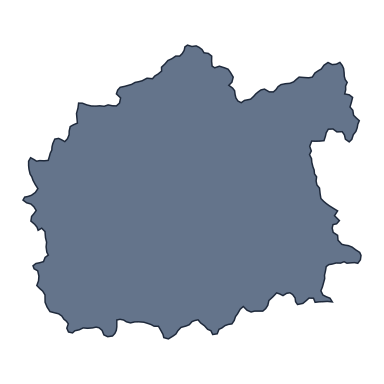 Piranga, Minas Gerais, Brazil (Mercator projection)
{"feature_id": "56859067B92965867058108", "entity_name": "Piranga", "entity_type": "district", "adm_level": 2, "iso_a3": "BRA", "parent_name": "Brazil", "parent_adm1": "Minas Gerais", "projection": "mercator", "projection_center": [-43.286, -20.626], "detail": "fine", "context": "isolated", "style": "filled", "palette": "slate", "viewbox_px": 384, "rotation_deg": 0, "n_neighbors": 0, "source": "geoboundaries", "source_scale": "gbopen_adm2", "svg_char_len": 4023}
<svg xmlns="http://www.w3.org/2000/svg" viewBox="0 0 384 384"><path d="M45.0,294.9L45.1,302.3L47.1,307.1L50.0,311.6L54.2,312.7L58.6,313.8L61.8,316.0L63.9,319.2L66.4,321.2L68.3,323.8L66.8,328.2L68.5,332.0L72.5,332.9L74.8,330.8L79.2,329.8L83.2,327.9L87.6,328.3L92.5,327.9L96.1,327.1L99.1,327.8L102.1,330.4L103.9,334.9L107.7,336.7L112.5,336.0L114.9,333.4L116.3,330.4L116.8,326.9L116.8,320.0L120.0,319.3L123.6,320.0L126.4,321.8L130.5,322.9L134.7,321.9L138.8,321.8L143.8,322.2L148.0,323.5L151.0,324.5L154.1,326.2L158.5,326.3L161.0,330.7L163.0,334.4L163.8,337.6L168.4,338.9L173.1,336.0L175.9,334.0L177.9,330.7L181.0,327.4L186.1,326.0L189.3,324.7L192.0,321.6L194.9,320.5L198.0,319.8L200.7,323.0L204.5,325.8L207.6,329.3L210.9,330.7L212.7,334.5L217.2,333.8L219.0,329.3L222.0,327.9L225.0,325.6L228.4,324.4L231.9,323.9L234.2,320.5L235.5,316.6L237.5,313.9L240.2,309.2L243.3,306.5L247.1,310.3L251.1,312.0L254.6,311.1L258.7,311.1L262.8,311.1L265.7,308.6L267.8,305.3L268.9,300.5L272.9,296.8L276.6,292.9L279.6,293.9L283.0,295.6L286.6,293.3L289.9,292.8L292.6,294.5L295.1,298.0L295.6,301.7L297.5,304.5L302.9,303.4L306.4,300.5L309.0,298.1L313.5,298.2L315.1,302.3L319.3,301.8L322.7,301.7L327.4,301.4L332.3,301.9L330.0,298.2L326.2,296.7L322.9,295.0L320.9,290.8L322.4,287.0L323.5,283.0L324.7,278.6L324.5,275.2L325.5,270.8L326.2,266.6L328.8,264.6L332.0,264.1L336.1,263.0L340.6,263.1L344.1,261.7L346.9,263.2L351.4,262.8L354.6,262.6L357.8,263.3L360.4,259.8L361.0,255.4L359.7,252.4L355.8,249.9L352.1,247.1L348.3,245.6L344.9,245.1L341.8,244.3L338.0,240.2L337.6,235.3L333.2,232.4L332.2,228.1L333.0,224.6L336.6,223.8L339.4,220.6L336.9,218.1L334.5,215.7L337.6,210.9L333.5,208.4L329.2,205.7L326.2,203.5L323.6,201.3L320.9,198.5L320.1,193.7L319.5,188.1L316.9,184.9L316.1,181.0L316.6,176.8L314.5,173.9L314.1,169.9L312.9,166.8L311.8,162.3L311.5,158.6L309.5,154.7L311.3,151.0L309.7,146.3L311.7,141.1L315.5,141.2L319.7,141.1L324.0,140.7L325.4,136.3L326.2,132.8L328.3,129.2L333.0,129.0L336.9,131.9L342.2,131.7L344.4,134.9L345.4,139.2L349.2,141.9L351.8,139.4L353.3,134.7L355.9,131.4L357.2,127.8L357.8,124.3L359.3,120.7L356.3,118.0L353.6,115.3L352.8,110.3L350.0,107.0L351.4,102.3L352.6,97.4L349.2,94.8L344.7,93.9L345.7,89.8L345.6,86.1L347.2,82.4L345.2,79.6L344.3,76.4L344.1,72.7L343.6,68.5L342.2,65.4L339.9,62.4L336.3,64.2L332.2,64.6L328.0,62.5L324.0,65.2L321.3,69.0L318.3,70.7L314.9,73.0L312.3,77.1L308.7,77.8L304.2,77.5L299.1,77.1L296.1,79.6L293.7,81.8L290.0,83.3L285.5,83.7L281.0,84.6L278.1,86.6L275.9,89.7L273.4,91.9L269.3,91.9L264.5,89.1L261.0,89.9L258.2,91.9L255.8,93.9L253.7,96.3L250.6,99.2L244.5,100.4L241.2,102.7L237.9,101.0L235.9,97.9L235.1,94.6L234.6,90.7L232.6,88.1L228.8,85.3L231.9,82.2L233.2,77.1L230.4,72.4L228.1,69.2L224.8,67.9L219.4,66.2L214.7,67.8L212.1,66.1L211.6,61.4L211.7,56.1L208.3,53.4L204.0,52.8L202.0,49.5L199.2,47.4L196.2,45.9L191.9,46.5L187.5,45.1L184.9,46.9L184.2,50.3L182.3,53.5L179.7,56.1L175.7,56.1L171.7,58.8L167.9,60.5L164.9,64.0L161.5,67.2L161.6,71.1L158.1,74.0L154.8,76.0L152.5,78.7L147.0,78.2L142.1,80.8L138.2,81.8L135.1,82.4L131.6,84.4L128.4,85.3L124.9,86.3L120.2,87.3L117.7,90.1L116.4,93.9L120.6,97.9L119.5,103.1L116.4,105.9L112.5,105.8L108.1,104.9L104.2,106.3L99.7,105.8L96.1,106.1L91.4,106.0L86.8,104.9L82.4,103.2L78.6,103.1L78.0,108.0L76.5,113.5L76.9,117.8L77.4,123.1L73.4,124.8L70.2,126.6L69.2,131.0L69.1,134.7L67.5,138.7L64.8,141.6L61.6,139.8L58.6,138.4L54.8,139.1L52.8,143.6L52.0,146.9L51.8,150.1L50.3,153.1L49.3,156.8L48.2,160.4L44.1,160.8L39.7,160.6L36.6,161.2L33.9,159.5L30.6,157.7L28.6,161.2L28.6,165.6L29.0,169.3L30.1,174.1L31.8,176.8L33.0,180.3L35.2,184.4L37.9,188.6L35.3,192.5L31.4,195.3L27.8,196.5L24.7,197.1L23.0,200.1L26.6,202.8L30.9,204.0L33.9,206.8L36.2,210.5L33.9,213.7L31.6,216.4L30.9,221.1L34.7,224.3L37.1,227.3L38.1,230.3L41.7,228.2L45.0,231.6L45.5,237.8L46.6,242.2L46.1,246.9L46.8,252.1L48.3,255.1L45.1,257.4L43.5,261.6L39.9,262.7L35.9,263.5L33.0,265.8L34.1,268.8L37.7,270.8L38.9,276.1L38.5,280.9L36.8,285.5L39.7,288.5L42.7,291.1L45.0,294.9Z" fill="#64748b" stroke="#1e293b" stroke-width="1.5"/></svg>